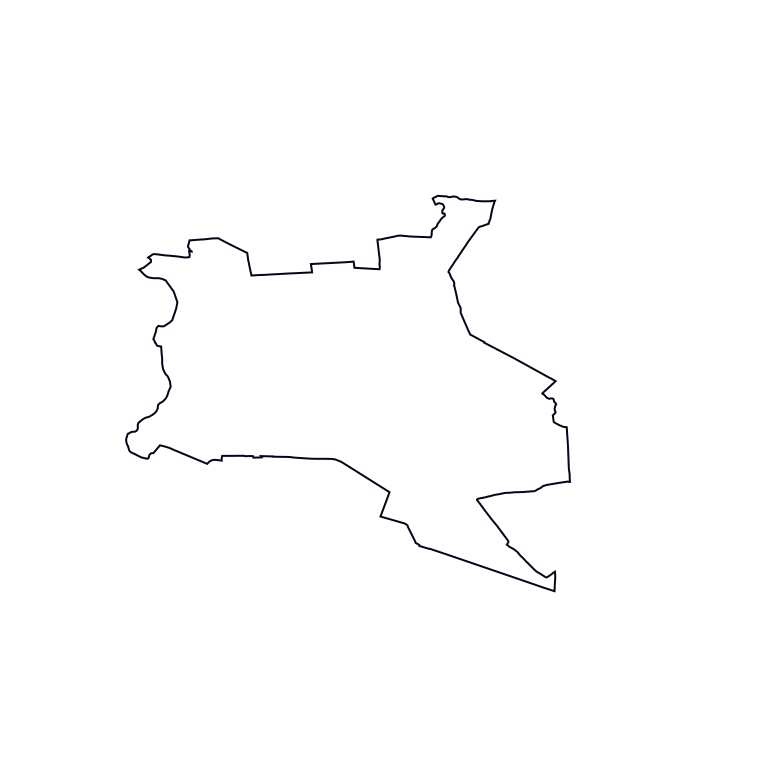 the district of Buturugeni, Giurgiu, Romania, rotated 219°
{"feature_id": "2599482B72112138789646", "entity_name": "Buturugeni", "entity_type": "district", "adm_level": 2, "iso_a3": "ROU", "parent_name": "Romania", "parent_adm1": "Giurgiu", "projection": "robinson", "projection_center": [25.814, 44.343], "detail": "fine", "context": "isolated", "style": "outline", "palette": "ink", "viewbox_px": 768, "rotation_deg": 219, "n_neighbors": 0, "source": "geoboundaries", "source_scale": "gbopen_adm2", "svg_char_len": 6142}
<svg xmlns="http://www.w3.org/2000/svg" viewBox="0 0 768 768"><g transform="rotate(219 384 384)"><path d="M403.6,574.3L403.9,574.4L404.2,576.0L404.5,576.7L404.8,577.4L405.4,579.6L406.1,580.7L407.3,583.1L409.1,586.4L410.7,589.9L412.8,595.1L413.1,596.3L416.2,593.3L416.1,593.2L420.4,589.6L423.6,587.1L425.9,585.5L428.4,583.9L429.7,583.4L430.5,583.0L432.0,582.1L433.8,580.9L435.4,580.1L436.4,579.5L438.6,577.3L440.1,576.0L441.2,575.6L442.7,575.2L444.3,575.3L445.5,574.9L447.1,574.1L448.7,572.8L449.8,571.2L451.2,570.0L454.2,568.8L455.3,567.7L456.9,566.7L458.3,565.6L459.3,565.0L460.5,564.2L461.0,563.5L461.1,563.2L461.2,562.6L461.3,562.2L461.7,561.6L462.7,559.6L462.8,558.7L456.8,555.8L456.4,556.5L455.7,558.0L455.3,558.8L454.7,559.3L452.1,560.5L451.6,560.6L450.9,560.6L449.0,559.6L448.4,559.2L448.1,558.5L448.0,557.7L447.8,555.9L447.5,554.9L447.0,554.3L446.0,553.4L445.7,553.4L444.5,554.4L444.3,554.5L443.5,554.1L442.9,553.5L442.7,553.1L442.6,552.7L442.7,552.2L442.9,551.2L443.2,550.5L443.3,549.5L443.4,547.7L443.1,544.6L443.2,543.8L443.1,543.0L442.9,541.5L442.3,540.1L442.2,539.3L442.5,537.5L442.9,536.6L443.3,535.3L443.5,534.5L443.4,533.7L443.1,533.1L441.9,531.3L440.9,530.0L440.6,529.5L440.1,528.2L440.1,527.6L440.0,527.4L456.5,515.1L458.7,513.6L459.7,513.0L464.3,509.9L466.7,507.8L468.7,505.1L474.5,498.1L477.5,494.3L479.9,492.2L479.9,491.9L465.5,477.9L462.3,473.5L461.9,473.2L461.3,472.9L461.0,472.4L459.7,470.4L463.8,467.4L480.1,455.7L484.6,460.0L490.1,454.8L516.3,431.2L512.1,427.4L510.1,425.5L523.1,413.9L528.6,409.0L530.4,407.4L534.2,403.9L539.9,398.8L545.3,393.8L548.8,390.8L555.3,384.9L560.5,389.1L562.6,390.8L566.3,393.9L567.4,394.7L572.8,399.8L573.3,399.6L578.9,398.4L591.2,395.6L601.4,393.5L604.5,393.0L609.0,389.1L614.7,383.3L618.0,380.3L625.2,373.5L625.5,373.3L623.3,368.3L623.0,367.7L622.5,367.3L621.9,367.0L620.8,366.6L618.6,365.9L618.0,365.9L617.0,366.1L616.8,365.9L619.0,364.8L618.4,364.2L618.5,364.0L616.5,362.3L615.8,361.5L615.1,360.1L615.5,359.6L616.8,358.4L618.2,357.1L625.3,352.8L631.6,348.6L634.6,346.5L643.0,341.3L643.7,340.8L644.8,339.9L645.0,339.6L645.6,338.4L645.6,337.8L646.9,333.9L643.2,333.9L641.9,332.0L644.0,323.1L646.2,318.7L644.6,318.8L642.2,318.4L639.4,318.1L636.1,318.1L633.1,319.1L629.5,321.3L625.7,324.4L622.7,326.0L618.9,327.1L605.6,323.5L596.0,317.5L593.0,311.9L588.7,300.3L589.3,296.7L590.7,292.3L591.4,290.4L592.7,289.1L593.7,288.4L595.6,287.4L596.0,286.6L595.9,284.2L593.9,280.4L591.5,273.7L590.1,273.3L589.0,272.9L588.1,272.1L586.5,271.9L584.8,271.0L583.4,271.4L580.8,272.9L574.7,266.4L572.6,264.4L569.1,260.1L565.0,256.5L560.3,254.3L556.7,253.8L551.9,251.2L548.0,247.5L546.8,242.8L545.6,240.0L544.9,237.6L544.5,235.8L544.6,234.2L544.8,231.8L545.3,229.9L545.9,228.7L546.3,227.1L546.4,225.8L545.4,223.8L544.5,222.8L543.8,220.0L543.7,218.0L544.3,215.1L544.7,213.7L545.2,212.7L545.7,211.2L546.1,210.4L548.0,207.9L549.2,204.9L550.4,199.2L549.9,197.7L548.8,196.2L547.6,195.0L547.0,193.7L546.9,191.8L547.5,190.3L549.1,188.9L549.9,187.9L550.5,187.0L550.8,185.9L551.7,184.1L550.7,181.3L549.6,178.8L548.3,177.3L546.0,175.5L544.7,174.9L543.8,174.6L540.3,172.1L538.8,171.7L536.6,171.8L534.2,172.6L529.6,173.5L526.6,174.2L523.3,175.7L520.8,177.0L520.4,178.3L521.7,181.4L521.3,183.8L519.9,185.0L519.7,185.1L519.5,195.3L517.8,196.2L514.7,197.6L510.5,199.3L505.6,200.6L471.1,210.7L471.1,211.4L470.9,213.2L470.7,214.2L470.3,215.4L469.8,216.3L469.2,217.1L468.6,217.8L467.5,218.8L463.9,221.1L461.9,222.3L463.4,224.1L464.5,226.3L448.0,239.8L446.5,240.6L445.0,241.8L442.0,244.3L440.3,245.5L439.2,244.6L435.0,248.1L432.9,250.0L434.3,250.5L424.5,258.0L424.3,257.8L411.7,267.7L407.6,270.2L394.4,279.5L390.5,282.5L378.8,291.9L374.7,294.6L368.3,296.6L311.6,303.4L303.3,278.8L280.2,288.6L279.0,288.8L276.8,288.9L275.7,288.2L274.4,287.5L261.2,281.5L259.2,280.4L257.2,280.9L255.0,281.0L254.6,280.4L246.6,283.7L243.8,285.1L229.4,290.5L167.4,313.2L131.7,326.2L121.1,330.3L122.9,332.8L124.9,335.4L128.2,340.1L130.2,342.7L131.5,344.1L133.0,345.7L133.5,344.4L134.2,341.1L135.1,338.1L135.7,336.4L136.0,336.0L136.4,335.7L137.3,335.5L140.2,335.2L141.9,335.0L143.2,334.9L146.0,334.4L147.8,334.2L150.0,334.4L151.6,334.4L153.4,334.7L157.1,335.0L158.6,335.3L162.1,335.5L163.8,335.9L165.7,336.1L168.2,336.4L169.3,336.3L171.3,336.7L171.7,336.8L172.2,336.7L172.9,337.1L174.9,337.4L178.7,337.3L180.5,337.1L181.4,337.0L182.7,336.6L184.5,336.4L185.6,336.5L187.4,336.4L187.8,338.9L187.9,339.5L188.1,339.9L188.7,340.2L206.5,344.8L215.8,346.7L225.3,349.0L236.8,352.0L238.7,352.3L239.0,353.2L238.9,353.5L238.0,354.9L234.3,359.3L233.0,361.0L232.2,362.2L231.5,362.9L229.2,366.1L227.2,368.7L225.6,370.3L225.0,371.1L224.2,372.1L223.1,373.4L222.6,374.1L220.9,376.0L218.1,378.4L214.0,382.4L210.9,385.0L209.5,386.3L207.8,387.6L206.9,388.6L206.0,389.4L204.9,390.5L204.0,391.2L202.6,392.7L199.7,395.3L199.4,395.7L198.8,397.3L198.2,399.0L197.0,401.4L196.8,402.1L196.4,403.5L196.2,404.6L196.1,405.0L195.8,405.5L195.1,406.1L194.9,406.4L194.6,407.2L194.4,407.5L185.4,417.7L179.9,423.7L179.3,424.1L178.3,424.5L178.1,424.6L177.8,425.0L179.0,426.1L180.1,427.4L183.1,430.8L187.4,434.9L202.0,451.6L214.8,465.4L217.1,463.9L218.7,463.2L222.5,462.2L227.0,461.4L227.5,461.3L228.1,461.4L228.4,461.5L233.0,465.8L232.9,466.0L233.0,467.2L232.8,468.7L232.7,469.3L232.7,469.7L233.2,470.3L234.0,470.6L235.0,471.3L235.2,471.7L236.0,472.3L236.7,473.9L236.9,474.8L237.5,475.5L237.5,476.0L237.4,476.5L237.9,477.0L239.1,477.2L240.0,477.2L240.5,477.3L242.7,478.9L242.8,478.9L243.6,478.9L244.7,478.3L245.4,477.6L245.7,477.2L246.3,476.4L248.7,475.8L252.1,476.3L253.8,476.4L254.3,476.2L254.9,476.2L255.1,476.3L252.4,494.2L258.3,493.3L259.6,492.9L299.4,485.8L332.0,479.2L332.2,479.7L348.0,476.7L352.3,478.7L368.9,487.4L369.5,487.9L370.1,488.7L371.8,490.9L373.0,491.7L375.4,492.7L376.7,493.4L377.4,493.6L384.9,499.7L389.6,503.3L390.8,504.3L391.1,504.4L391.5,504.5L392.0,505.5L392.6,506.3L393.5,507.1L394.1,507.5L395.5,508.0L396.5,508.2L399.7,509.4L400.0,509.8L403.2,511.4L404.4,511.6L404.9,512.9L406.2,525.8L406.3,528.7L406.6,531.0L407.1,536.1L407.7,543.6L408.1,546.9L408.8,560.6L409.0,565.6L408.6,566.4L406.9,568.8L403.6,574.3Z" fill="none" stroke="#020617" stroke-width="2"/></g></svg>